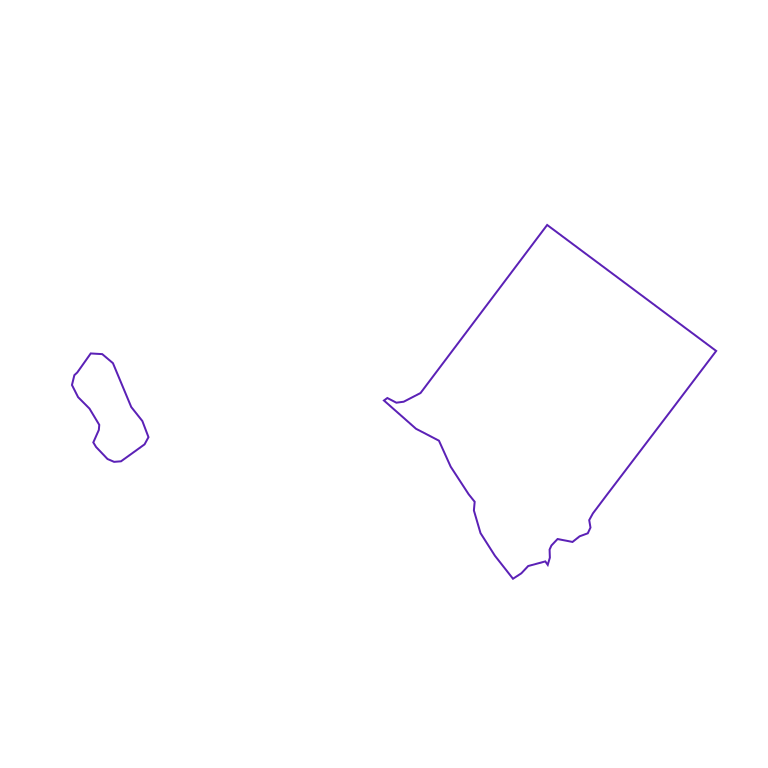 Equatorial Guinea, Natural Earth projection, rotated 307°
{"feature_id": "GNQ", "entity_name": "Equatorial Guinea", "entity_type": "country or territory", "adm_level": 0, "iso_a3": "GNQ", "parent_name": "Africa", "parent_adm1": "", "projection": "natural_earth1", "projection_center": [9.725, 2.359], "detail": "fine", "context": "isolated", "style": "outline", "palette": "violet", "viewbox_px": 768, "rotation_deg": 307, "n_neighbors": 0, "source": "natural_earth", "source_scale": "50m", "svg_char_len": 971}
<svg xmlns="http://www.w3.org/2000/svg" viewBox="0 0 768 768"><g transform="rotate(307 384 384)"><path d="M609.2,418.6L609.4,460.4L609.6,495.8L609.8,534.0L610.0,573.9L610.2,607.6L610.3,629.4L578.4,629.3L536.0,629.2L493.6,629.0L451.1,628.8L429.8,628.7L406.4,628.7L398.8,629.8L393.6,635.3L387.4,636.6L380.1,631.9L371.3,629.6L369.0,624.8L364.6,615.9L355.8,614.9L351.4,615.9L345.1,621.0L338.1,623.6L339.4,619.6L325.4,608.7L315.4,607.6L306.1,604.2L313.6,575.9L323.0,550.8L337.1,531.9L344.5,527.3L346.9,517.9L358.1,487.0L371.8,462.0L367.5,436.5L370.8,393.9L374.8,395.1L375.5,399.1L376.5,405.1L381.7,410.4L398.8,418.6L449.8,418.6L480.3,418.6L525.3,418.6L573.0,418.6L609.2,418.6ZM204.7,131.4L208.6,132.1L231.9,131.4L238.3,141.0L237.5,155.0L213.5,196.0L209.0,213.3L199.8,227.9L191.7,229.1L164.0,220.5L159.4,215.3L157.7,208.3L160.4,192.0L162.4,187.0L175.7,183.9L180.0,181.2L187.1,163.6L189.4,147.6L195.4,135.4L204.7,131.4Z" fill="none" stroke="#5b21b6" stroke-width="2"/></g></svg>